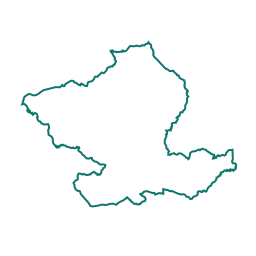 the district of Laclubar, Manatuto, East Timor, rotated 260°
{"feature_id": "22284137B50587397066696", "entity_name": "Laclubar", "entity_type": "district", "adm_level": 2, "iso_a3": "TLS", "parent_name": "East Timor", "parent_adm1": "Manatuto", "projection": "albers", "projection_center": [125.895, -8.747], "detail": "fine", "context": "isolated", "style": "outline", "palette": "teal", "viewbox_px": 256, "rotation_deg": 260, "n_neighbors": 0, "source": "geoboundaries", "source_scale": "gbopen_adm2", "svg_char_len": 5737}
<svg xmlns="http://www.w3.org/2000/svg" viewBox="0 0 256 256"><g transform="rotate(260 128 128)"><path d="M187.2,112.0L186.5,110.6L185.0,108.7L184.7,107.6L183.9,107.1L183.8,106.6L184.3,104.8L183.7,104.0L182.0,102.9L180.8,101.4L180.3,100.2L180.2,97.4L179.9,96.5L176.4,94.9L176.4,94.6L177.1,92.8L178.8,91.2L179.8,89.8L179.6,89.2L179.0,89.3L178.3,88.5L179.2,86.8L181.5,84.8L182.2,83.0L183.7,82.5L184.4,80.8L184.3,79.6L182.2,74.2L180.3,72.5L180.4,71.6L181.8,70.8L179.9,68.0L180.7,64.7L180.8,63.6L179.9,51.4L178.5,48.0L177.3,46.1L176.4,43.1L176.5,40.6L178.3,37.7L178.7,36.3L177.3,32.5L176.2,31.1L169.7,27.9L169.9,29.9L167.1,32.2L164.8,32.6L163.7,33.2L163.1,32.7L162.9,31.8L162.6,31.8L161.0,32.7L161.0,33.0L162.1,33.2L162.4,34.0L161.7,34.5L160.4,33.9L159.7,34.8L159.7,36.2L158.4,36.0L157.5,36.6L158.9,38.6L159.0,39.0L157.7,40.5L154.8,41.1L154.4,41.0L154.1,40.2L151.9,40.5L150.0,41.5L149.8,42.5L149.2,43.0L147.5,43.6L147.3,44.2L146.0,45.9L145.7,50.0L144.1,50.4L141.4,50.2L139.5,48.8L138.1,49.0L135.4,48.6L135.0,48.7L133.1,50.9L131.9,51.6L130.1,52.1L128.2,51.6L125.5,51.9L123.9,52.9L122.6,54.5L122.1,53.7L121.1,54.4L121.0,54.9L122.2,55.8L122.0,56.2L121.0,56.5L120.9,56.7L121.7,57.4L122.4,57.6L122.7,58.3L122.8,58.6L122.3,59.6L123.0,60.0L122.8,61.0L121.8,62.2L121.4,63.6L120.1,64.6L119.1,67.1L118.2,68.4L118.2,70.6L117.7,70.9L117.2,72.9L117.4,74.0L118.4,74.4L117.4,76.5L116.9,76.6L116.4,76.0L115.1,75.3L114.1,75.3L111.8,77.7L109.9,78.4L108.3,80.0L105.4,81.7L104.6,84.2L105.0,86.0L104.8,87.1L103.5,87.1L102.2,88.0L100.9,89.2L100.1,91.2L98.6,92.8L97.6,93.3L97.5,93.8L96.7,94.7L96.4,97.9L95.4,99.3L94.9,99.2L93.1,98.0L92.8,96.7L91.4,95.8L90.9,94.6L88.0,93.6L87.7,92.8L87.1,92.5L86.9,92.1L87.5,90.5L87.0,90.1L87.0,89.8L88.3,89.9L88.8,88.3L90.6,87.3L90.7,86.9L90.6,86.2L89.6,83.7L88.8,83.2L89.1,82.3L88.7,81.1L88.8,78.9L90.1,77.4L90.0,76.4L90.5,75.6L90.2,75.0L91.5,72.7L91.6,71.8L91.2,70.9L89.5,70.0L87.5,70.0L85.9,69.3L85.4,67.2L83.4,64.8L81.3,65.4L78.8,65.1L77.2,65.7L75.0,67.2L74.3,69.4L73.9,69.7L71.2,70.0L61.9,75.7L59.7,76.8L57.9,77.2L57.4,78.1L56.9,79.7L56.7,85.1L57.1,88.7L56.0,93.0L56.4,97.5L56.0,100.2L54.5,103.2L56.0,105.4L57.4,109.7L57.5,110.9L58.4,112.4L58.7,113.4L59.4,113.9L59.9,115.1L58.6,115.9L57.5,117.0L56.4,117.5L56.3,118.0L54.6,118.8L53.9,119.8L52.5,120.5L51.9,121.6L52.2,122.3L52.1,123.1L50.9,124.2L51.3,126.3L50.9,126.7L52.9,129.3L53.1,131.9L53.8,132.6L54.8,133.0L56.8,132.7L58.8,130.1L60.2,129.3L60.6,128.6L61.0,128.9L61.0,130.9L62.6,132.8L62.4,136.0L59.5,141.2L59.6,142.6L58.6,143.2L57.8,143.1L57.7,143.5L58.5,147.3L58.0,148.7L58.0,149.4L57.1,151.3L61.7,152.1L61.6,152.6L60.1,155.3L60.2,156.3L58.8,157.8L58.7,158.6L58.2,159.0L58.4,160.2L54.0,166.9L53.8,168.0L53.1,169.2L53.2,171.3L52.1,172.7L50.0,173.7L49.7,175.6L47.3,176.9L47.1,178.2L47.3,178.9L48.3,179.6L49.0,180.6L49.2,182.6L50.0,184.7L51.2,185.4L52.7,185.4L53.4,186.6L53.0,188.3L52.4,188.9L52.0,189.8L52.3,190.4L52.9,190.5L53.3,191.6L53.0,192.4L52.3,192.7L51.8,193.8L51.9,194.2L54.6,196.0L55.9,197.3L56.6,198.7L56.9,199.9L58.5,200.6L59.7,202.3L59.6,203.2L60.6,204.8L62.2,206.1L63.7,206.6L63.6,207.2L64.6,208.2L64.8,209.9L65.8,210.2L66.0,211.4L66.4,211.6L67.6,211.4L68.0,211.7L68.1,213.8L69.4,215.6L69.4,216.2L68.6,217.5L69.5,218.2L69.3,218.4L68.8,218.2L68.5,218.5L69.0,219.4L67.8,220.9L68.0,221.2L69.0,220.3L69.5,221.2L69.5,221.5L68.6,221.6L69.1,222.3L69.0,222.6L68.4,222.3L68.3,223.6L67.6,224.4L68.0,224.7L68.7,224.8L68.4,226.0L69.6,227.3L70.0,227.4L70.8,226.9L71.5,227.3L71.9,227.9L73.2,228.1L74.5,227.3L75.1,225.1L77.0,224.6L78.9,225.8L88.4,227.1L88.3,225.8L88.7,224.4L88.6,223.2L86.5,220.5L84.8,219.8L84.1,218.2L85.1,216.5L84.4,213.1L85.5,212.0L85.3,211.6L84.9,211.5L84.6,210.2L83.4,209.7L83.6,209.2L83.1,207.7L83.2,206.4L84.5,207.1L85.4,208.2L86.5,208.1L86.6,207.4L87.5,206.6L87.6,206.1L88.7,204.7L89.3,204.7L89.9,203.5L90.7,203.0L91.2,202.1L93.0,200.9L94.0,198.5L94.6,198.0L94.6,197.0L93.7,195.0L94.2,194.7L94.4,193.8L93.5,190.4L93.7,188.1L93.3,186.2L92.2,184.7L90.1,184.1L87.5,182.9L86.9,181.9L88.0,181.6L88.6,180.2L89.7,179.7L93.6,176.0L94.2,173.5L93.2,172.0L93.5,170.9L94.3,169.6L95.1,169.2L95.0,166.2L94.2,165.0L94.7,163.0L95.9,163.4L97.0,163.4L97.9,164.4L98.4,164.3L99.4,163.5L100.3,163.4L101.2,162.3L103.0,162.6L107.0,161.5L110.3,162.4L112.8,164.2L114.0,164.5L114.9,164.2L115.2,165.2L116.7,165.8L117.4,165.8L117.9,165.4L118.8,165.3L118.4,166.3L118.8,167.9L118.1,169.7L118.6,170.0L120.1,170.0L120.1,170.8L120.4,171.1L121.8,171.0L122.6,171.9L124.0,171.7L124.8,172.0L125.2,173.8L124.8,175.9L125.6,176.3L126.3,177.4L128.7,178.7L129.3,178.8L129.7,177.8L130.9,179.4L131.0,180.8L134.2,182.2L134.4,182.7L133.9,184.4L135.2,185.0L136.1,186.8L137.7,187.8L140.3,188.3L143.1,190.6L147.2,191.4L148.6,192.9L149.8,191.9L151.9,191.8L152.5,192.4L153.3,192.2L153.6,193.2L154.0,193.4L155.5,192.7L156.5,191.5L158.5,190.8L159.3,191.2L160.5,190.9L162.2,191.9L164.0,191.6L165.1,191.8L167.6,188.2L169.6,187.1L170.6,187.2L171.6,185.4L172.5,185.4L174.6,183.4L176.3,182.8L176.7,181.8L176.5,180.6L177.0,178.8L178.4,177.6L180.4,174.9L191.9,167.5L192.8,166.6L194.4,165.8L195.7,165.5L197.6,166.3L198.5,166.0L200.3,166.2L203.2,164.7L204.1,165.0L206.4,164.9L207.5,163.6L208.9,163.1L207.5,161.5L207.7,160.2L206.4,158.3L207.1,156.5L206.5,154.9L206.5,153.6L207.6,151.0L207.4,148.3L208.3,144.3L207.8,143.5L204.7,140.1L204.1,138.9L204.2,137.0L205.1,136.6L205.3,136.1L204.0,135.2L204.6,133.7L204.4,133.1L204.8,129.8L205.5,128.4L205.6,127.0L207.1,126.3L207.1,124.3L206.6,124.2L203.6,125.7L201.6,126.2L199.7,127.3L198.2,126.8L197.4,127.0L196.2,127.8L195.4,127.7L194.4,126.7L193.6,126.5L193.3,125.7L192.7,125.6L192.6,124.5L191.3,123.5L191.7,121.4L191.2,120.6L191.2,119.6L190.8,118.3L190.0,117.5L188.6,117.0L186.7,114.6L186.2,113.5L187.2,112.0Z" fill="none" stroke="#0f766e" stroke-width="2"/></g></svg>